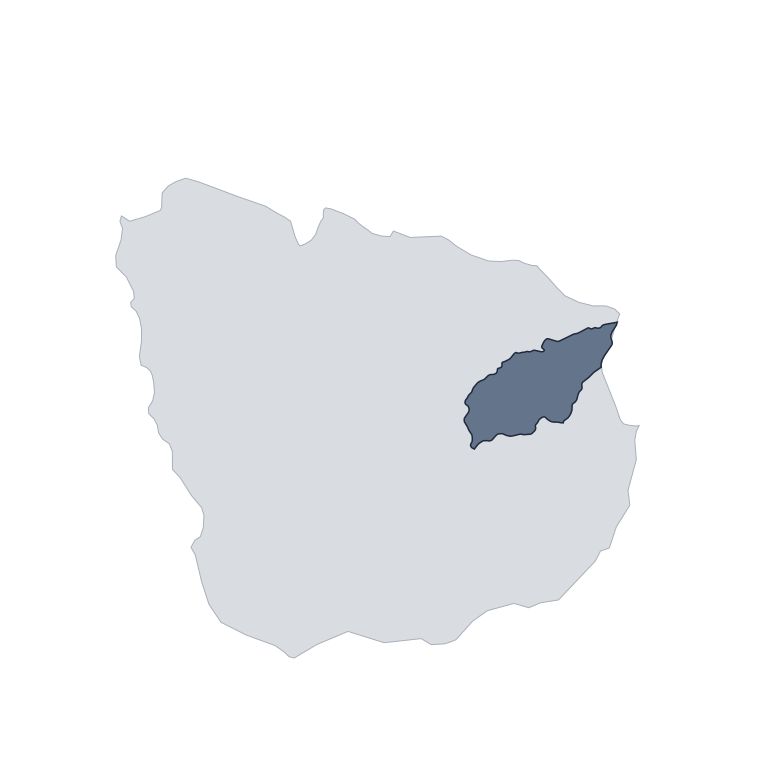 Treinta y Tres on a map of Uruguay (orthographic projection), rotated 338°
{"feature_id": "URY-16", "entity_name": "Treinta y Tres", "entity_type": "Department", "adm_level": 1, "iso_a3": "URY", "parent_name": "Uruguay", "parent_adm1": "", "projection": "orthographic", "projection_center": [-54.31, -33.085], "detail": "fine", "context": "in_parent", "style": "filled", "palette": "slate", "viewbox_px": 768, "rotation_deg": 338, "n_neighbors": 0, "source": "natural_earth", "source_scale": "10m", "svg_char_len": 4889}
<svg xmlns="http://www.w3.org/2000/svg" viewBox="0 0 768 768"><g transform="rotate(338 384 384)"><path d="M605.0,518.2L600.4,522.2L595.5,529.9L589.7,548.5L570.4,574.0L566.5,588.5L545.9,603.5L531.5,620.4L522.1,620.0L513.6,627.3L464.9,649.6L447.4,645.5L434.5,645.7L422.3,636.1L394.8,632.9L377.6,637.0L354.7,648.1L347.7,648.0L342.7,647.6L330.1,643.3L323.1,634.0L287.2,623.9L257.9,599.9L223.9,600.4L198.0,604.4L193.9,601.3L191.0,595.0L185.3,586.0L162.1,565.0L143.6,543.9L139.2,522.7L140.8,499.4L145.0,471.7L143.8,463.1L150.2,458.0L156.6,456.7L162.7,449.4L167.9,438.4L168.6,430.2L163.7,415.3L159.9,394.4L155.9,384.0L162.5,367.2L162.6,359.1L158.1,352.2L156.7,345.0L158.4,337.4L157.7,330.3L154.8,323.5L156.6,317.7L163.2,313.0L168.0,305.9L171.0,296.4L172.4,289.3L172.3,284.4L170.1,279.8L165.8,275.6L167.5,266.9L175.1,253.6L179.9,242.0L181.9,231.8L181.5,223.7L178.6,217.7L179.6,213.5L184.5,211.1L186.5,204.5L185.2,188.3L179.7,175.2L183.3,164.5L194.2,151.9L199.8,141.8L200.1,134.3L203.5,129.8L209.1,137.8L225.2,139.4L241.4,139.3L243.9,137.1L249.9,123.7L258.2,119.6L267.3,118.4L277.3,118.9L288.1,127.4L318.7,155.5L341.1,175.1L347.9,184.4L353.8,191.4L358.3,197.9L356.7,215.0L357.1,222.5L358.1,224.6L363.1,224.7L370.5,223.4L376.7,219.7L381.5,214.1L386.2,209.6L390.1,207.1L391.4,203.5L393.6,199.7L395.9,198.9L400.2,201.6L410.6,211.3L418.6,220.2L420.6,225.4L423.7,230.7L426.9,235.4L429.3,239.9L437.0,245.8L444.8,249.6L450.0,245.7L463.3,258.0L492.4,268.3L497.8,274.5L502.8,283.4L513.0,296.9L527.0,309.1L538.3,314.3L549.1,317.2L555.1,319.9L559.3,324.6L565.8,329.7L570.0,331.6L571.4,336.1L575.6,345.9L580.0,358.4L584.7,369.9L595.1,381.1L606.9,389.8L619.1,394.8L625.9,400.9L628.8,407.2L620.4,416.5L611.4,428.1L603.4,437.2L595.3,443.6L592.5,448.0L590.7,454.9L590.5,491.3L589.7,504.8L590.3,508.5L591.4,510.9L596.5,514.5L602.5,517.6L605.0,518.2Z" fill="#d9dde1" stroke="#a8b0b8" stroke-width="1"/><path d="M623.4,414.1L621.4,416.6L615.1,421.1L612.5,423.9L611.7,425.9L611.4,430.0L610.8,432.0L609.8,433.2L598.4,440.7L595.2,443.5L592.6,447.0L591.7,449.8L582.9,451.8L576.1,454.7L568.7,456.8L568.2,457.2L567.2,458.4L566.8,459.7L566.5,461.0L566.0,462.1L565.0,463.2L562.8,464.1L561.5,464.9L559.8,466.7L556.9,470.7L554.8,472.2L551.6,473.1L550.6,474.0L548.3,478.9L546.4,481.1L544.2,482.9L542.0,484.3L537.1,485.5L536.0,486.5L535.6,487.2L533.3,486.1L530.9,484.5L527.6,483.1L525.6,482.0L524.8,481.3L523.4,479.7L522.0,477.4L521.1,475.3L520.8,474.9L520.3,474.5L519.8,474.3L519.0,474.2L517.9,474.2L515.2,474.9L514.5,475.2L511.5,477.6L511.0,477.8L510.0,478.3L509.5,478.6L509.0,478.9L508.7,479.4L508.5,480.0L508.3,481.2L507.8,482.3L507.5,482.8L507.1,483.2L506.7,483.5L506.3,483.8L502.6,485.3L501.8,485.4L500.7,485.3L494.4,483.3L493.9,483.0L492.7,482.0L492.1,481.7L491.5,481.5L484.0,480.4L481.2,479.6L478.1,477.4L475.5,474.7L475.0,474.3L474.2,474.0L473.1,473.7L471.7,473.2L471.0,473.1L470.0,473.2L467.7,474.1L463.6,476.2L462.8,476.4L461.9,476.5L460.3,476.2L459.5,475.9L458.9,475.5L458.5,475.2L457.9,474.9L456.1,474.4L455.2,473.9L454.5,473.8L449.7,474.7L447.9,475.5L443.4,478.2L441.5,475.9L441.3,475.2L441.2,474.0L441.3,473.3L441.6,472.7L441.9,472.3L442.3,471.9L443.6,470.9L444.2,470.2L444.9,469.0L445.9,466.4L446.2,465.0L446.4,463.9L445.4,458.9L445.3,455.1L444.4,449.1L445.1,446.7L445.9,445.7L451.1,442.3L451.9,441.6L452.6,440.9L452.9,440.4L453.7,438.7L453.7,436.7L453.6,435.9L452.2,433.6L452.0,432.6L452.0,431.8L452.4,431.2L452.8,430.4L453.4,429.7L453.9,429.3L456.0,428.1L456.5,427.6L457.3,426.9L458.3,426.1L461.5,424.7L462.0,424.5L462.8,423.8L464.2,422.1L465.8,420.8L471.3,417.9L472.4,417.6L475.0,417.3L478.1,417.4L479.5,417.0L483.8,415.2L484.7,415.1L485.9,415.1L487.2,415.4L488.9,416.1L489.6,416.2L490.5,416.2L492.0,416.0L492.7,415.6L493.3,415.2L493.9,414.3L494.5,413.2L495.0,412.5L495.5,412.3L496.1,412.3L496.8,412.4L497.6,412.5L499.0,412.3L499.7,411.9L500.1,411.5L500.4,410.9L500.8,409.5L501.4,408.6L502.0,408.3L502.7,408.2L504.0,408.4L509.2,408.0L511.1,407.4L515.7,404.8L517.1,404.3L518.0,404.2L518.5,404.5L519.3,405.2L519.7,405.6L520.2,405.8L520.8,406.0L524.3,406.5L526.2,407.1L528.8,407.4L529.4,407.7L530.3,408.3L530.8,408.6L531.4,408.8L532.0,408.9L532.7,408.9L534.7,408.8L535.3,408.8L535.9,409.0L536.4,409.2L541.4,412.7L541.8,413.0L542.5,413.3L543.2,413.5L544.5,413.4L545.0,413.0L545.3,412.4L545.1,411.8L544.9,411.3L544.3,410.3L544.1,409.8L544.0,409.3L544.1,408.7L544.4,408.3L544.7,407.8L546.7,406.0L547.3,405.3L547.8,404.9L550.4,403.4L551.4,403.2L552.3,403.2L552.9,403.4L553.8,404.0L559.7,408.8L560.7,409.4L561.2,409.7L561.9,409.8L562.9,409.9L578.4,408.8L581.7,409.4L583.9,409.5L593.9,408.4L594.4,408.5L594.8,408.7L595.3,409.0L595.6,409.4L596.2,410.3L596.9,410.6L597.8,410.8L599.6,410.7L600.6,410.8L601.3,411.0L602.5,412.1L603.1,412.4L603.8,412.6L605.1,412.8L605.9,412.8L606.6,412.5L608.1,411.6L609.1,411.4L609.8,411.4L612.1,411.7L623.3,414.1L623.4,414.1Z" fill="#64748b" stroke="#1e293b" stroke-width="1.5"/></g></svg>